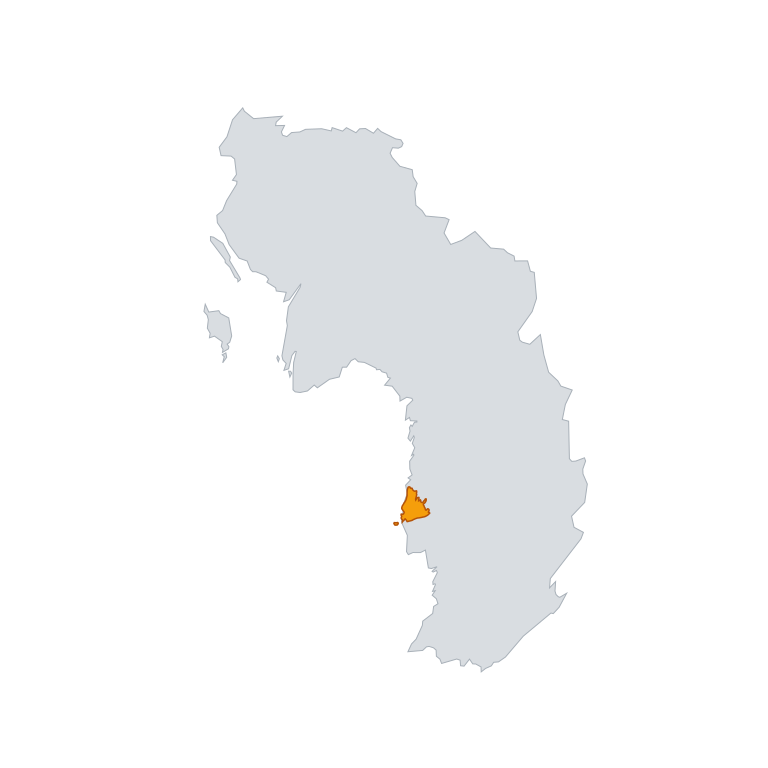 location of Umeå, Västerbotten, Sweden, rotated 120°
{"feature_id": "70781695B42306672423643", "entity_name": "Umeå", "entity_type": "district", "adm_level": 2, "iso_a3": "SWE", "parent_name": "Sweden", "parent_adm1": "Västerbotten", "projection": "equal_earth", "projection_center": [20.181, 63.977], "detail": "fine", "context": "in_parent", "style": "filled", "palette": "amber", "viewbox_px": 768, "rotation_deg": 120, "n_neighbors": 0, "source": "geoboundaries", "source_scale": "gbopen_adm2", "svg_char_len": 5555}
<svg xmlns="http://www.w3.org/2000/svg" viewBox="0 0 768 768"><g transform="rotate(120 384 384)"><path d="M172.6,489.5L175.1,494.8L181.1,494.1L183.7,490.2L187.5,479.1L184.3,466.7L189.9,462.4L193.7,455.6L201.9,453.6L213.3,445.7L214.8,437.7L217.7,431.9L209.5,414.2L209.1,409.8L223.2,407.5L229.8,396.0L220.7,388.5L206.4,381.5L212.9,359.6L207.4,347.8L208.6,342.8L208.2,335.3L212.0,332.2L205.6,321.2L213.2,313.6L212.2,309.7L233.6,294.7L247.2,291.9L271.9,294.2L278.2,288.3L278.6,285.1L276.7,277.6L263.0,273.3L278.9,260.1L291.5,247.3L294.4,235.0L297.4,229.8L295.1,218.0L311.1,216.7L325.6,211.8L323.9,205.5L356.0,186.1L357.1,182.7L354.9,179.4L347.7,173.5L349.9,170.9L358.3,169.3L362.4,166.7L369.0,157.9L386.2,151.0L404.7,155.5L413.1,147.8L412.8,137.1L419.6,136.0L469.3,142.7L477.8,138.7L469.3,136.6L477.8,132.4L480.3,129.8L481.1,126.8L480.8,125.1L473.9,121.2L489.7,120.7L498.2,122.6L498.9,124.9L532.7,137.3L559.7,142.3L567.4,145.9L570.2,149.9L574.4,150.1L579.5,153.8L584.7,155.9L580.5,158.5L580.6,164.5L582.0,167.2L579.5,172.4L588.3,173.6L589.7,176.8L585.1,180.0L585.8,183.5L597.2,194.4L594.3,198.0L593.6,202.5L588.4,205.8L587.7,209.2L588.7,213.7L590.4,215.8L595.4,217.3L603.9,229.4L595.4,230.2L588.9,228.6L573.8,230.1L570.0,231.9L558.4,227.1L551.8,229.8L547.3,227.4L543.8,231.3L542.8,236.7L537.4,236.3L539.4,238.3L532.1,239.1L531.5,239.9L533.1,241.3L530.8,242.9L520.7,243.5L519.3,245.3L522.3,247.4L522.2,248.7L515.7,246.7L520.1,250.7L521.1,253.6L507.1,265.1L511.7,268.1L515.5,274.7L519.6,277.6L517.9,280.7L503.4,288.1L495.0,299.6L476.7,307.3L467.1,309.2L460.8,314.7L453.6,313.0L453.3,316.2L448.7,314.2L444.7,319.1L438.0,323.2L430.8,322.5L430.0,323.2L432.2,324.4L423.8,325.5L421.3,329.8L415.1,331.0L414.0,332.3L420.3,332.6L418.9,336.2L411.8,337.9L409.1,340.2L406.0,340.2L406.6,338.4L401.9,338.5L400.5,336.5L399.6,337.0L402.6,342.8L400.2,345.2L404.6,347.4L391.4,353.2L383.6,351.0L382.5,352.7L384.1,357.7L390.8,361.6L386.6,364.2L381.8,375.8L384.7,382.9L375.7,381.4L376.3,384.0L373.3,387.2L374.4,391.8L373.4,394.8L375.4,397.6L374.2,398.9L375.1,411.8L377.6,417.4L376.5,421.8L380.2,424.2L388.1,424.8L390.3,428.5L400.3,426.3L407.2,433.6L420.6,439.8L419.8,443.9L428.3,446.8L433.3,452.4L435.2,457.0L434.5,459.9L420.9,467.7L410.5,473.0L399.7,476.2L400.2,477.4L405.5,478.0L418.5,474.2L422.2,477.5L415.1,479.0L413.7,483.6L410.6,486.5L381.8,496.9L377.9,500.1L365.0,505.4L342.1,505.0L338.6,506.1L358.4,508.2L363.0,512.1L353.5,514.5L357.3,523.8L354.8,526.0L354.4,536.3L350.9,536.4L349.4,540.7L350.8,551.0L352.4,553.9L351.6,556.9L345.9,564.0L347.5,572.4L340.7,587.8L333.5,596.8L327.7,608.9L321.5,613.1L314.5,610.5L303.8,612.0L284.5,611.5L282.0,612.7L283.3,617.1L276.4,616.5L263.8,625.9L263.1,630.4L267.7,639.3L261.4,645.1L248.4,643.6L230.9,647.3L215.5,644.4L217.6,641.3L219.4,629.6L202.9,605.9L211.1,608.3L214.5,607.1L209.8,599.4L217.0,598.9L219.3,596.2L218.3,591.8L212.5,589.8L207.8,582.9L202.7,579.3L194.1,565.6L191.2,556.2L187.9,557.1L185.7,546.3L180.8,544.7L180.4,533.9L175.2,532.7L172.0,527.8L172.1,518.5L165.8,517.3L166.9,512.8L165.9,496.5L164.1,491.5L166.1,487.8L169.6,487.4L172.6,489.5ZM437.4,539.7L434.5,540.7L432.8,543.7L428.2,545.2L427.3,554.7L431.3,558.3L427.0,559.9L424.0,564.9L416.1,568.3L412.9,571.5L411.2,576.2L404.3,578.7L409.3,571.7L403.1,563.7L404.8,560.8L404.4,551.5L418.6,539.9L425.0,538.5L427.9,539.8L429.2,537.0L431.3,536.3L437.4,539.7ZM346.6,605.9L343.1,608.0L342.1,605.1L342.8,593.9L350.9,580.6L354.3,579.5L364.2,561.7L365.3,560.5L368.5,561.6L366.1,563.3L366.1,566.4L359.9,575.9L358.2,582.2L356.0,583.7L346.6,605.9ZM440.2,536.0L439.6,538.7L436.1,536.5L439.5,533.6L446.3,534.3L440.2,536.0ZM425.0,469.0L420.6,473.0L419.7,471.3L420.7,469.4L425.0,469.0ZM415.1,489.8L412.8,490.1L414.4,487.3L417.5,486.7L415.1,489.8Z" fill="#d9dde1" stroke="#a8b0b8" stroke-width="1"/><path d="M473.1,279.8L472.8,280.0L472.7,280.5L472.8,281.0L472.9,281.4L472.5,281.6L471.4,281.6L470.5,282.0L470.1,282.7L470.1,283.6L470.5,284.0L471.7,284.2L472.2,284.5L472.2,285.2L471.7,285.7L470.7,286.8L470.3,287.7L469.6,288.3L469.2,289.1L468.9,289.6L468.0,289.8L467.3,289.6L467.0,289.3L465.9,289.1L464.6,289.1L463.4,289.4L462.5,290.0L462.8,290.7L463.9,290.7L464.4,290.8L465.5,291.1L466.6,291.1L467.6,291.5L467.7,292.2L467.6,293.5L466.4,294.0L466.2,294.6L466.8,294.9L467.8,295.6L467.0,296.0L465.1,296.7L464.8,297.2L465.6,298.2L466.9,298.3L468.6,298.5L467.9,299.1L466.7,299.4L464.9,299.9L463.3,300.4L463.1,300.8L462.3,301.3L461.5,301.6L461.3,301.6L461.2,301.8L460.5,302.1L460.3,302.4L460.7,303.0L461.4,303.6L461.6,304.2L461.6,304.7L461.3,306.3L460.8,306.9L460.3,307.4L460.3,307.9L460.8,308.4L461.0,308.7L460.8,309.4L460.4,309.7L460.3,310.0L460.4,310.6L460.9,311.3L461.5,311.5L461.6,311.4L463.3,311.1L464.9,310.5L467.2,309.3L469.0,308.2L471.2,307.6L472.8,307.1L475.1,306.9L476.9,307.1L478.8,307.1L480.3,307.2L481.9,306.9L483.2,306.2L483.5,305.4L484.3,303.7L484.9,302.4L486.4,302.1L487.4,302.4L487.6,303.0L487.7,303.5L488.0,304.0L488.9,303.8L489.4,303.0L489.7,302.5L490.3,302.4L491.4,302.2L491.9,301.7L492.2,301.2L492.2,300.6L492.6,299.9L493.5,299.6L494.3,299.1L493.3,299.0L492.7,298.7L491.8,298.5L490.4,298.4L490.2,298.2L490.5,297.5L490.8,296.4L491.3,295.7L491.6,295.1L491.1,294.5L490.2,293.7L489.2,292.6L488.2,291.6L486.5,290.6L484.9,289.4L483.3,288.0L482.4,286.7L480.7,284.7L479.8,283.8L479.1,282.9L478.5,282.4L478.1,282.0L476.8,281.2L475.9,280.7L474.6,280.2L473.5,280.0L473.1,279.8ZM497.9,301.8L497.1,302.6L497.2,303.1L497.8,303.7L498.3,304.6L498.9,305.8L499.7,305.8L500.3,305.0L500.7,304.1L500.3,303.1L499.4,302.0L497.9,301.8Z" fill="#f59e0b" stroke="#b45309" stroke-width="1.5"/></g></svg>